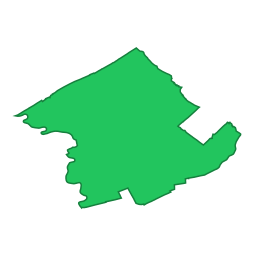 outline of Corni, Botosani, Romania
{"feature_id": "2599482B25068915216975", "entity_name": "Corni", "entity_type": "district", "adm_level": 2, "iso_a3": "ROU", "parent_name": "Romania", "parent_adm1": "Botosani", "projection": "natural_earth1", "projection_center": [26.578, 47.651], "detail": "fine", "context": "isolated", "style": "filled", "palette": "green", "viewbox_px": 256, "rotation_deg": 0, "n_neighbors": 0, "source": "geoboundaries", "source_scale": "gbopen_adm2", "svg_char_len": 5732}
<svg xmlns="http://www.w3.org/2000/svg" viewBox="0 0 256 256"><path d="M216.7,169.0L217.6,168.5L219.0,167.3L219.3,166.8L219.6,166.2L219.9,165.4L220.3,164.6L221.9,162.5L222.4,162.0L226.5,159.8L226.8,159.5L228.7,156.6L229.0,156.2L230.1,155.6L230.8,155.4L232.3,154.7L233.3,154.1L233.7,153.6L235.5,149.9L235.6,149.5L235.7,149.0L235.7,148.5L235.2,146.0L235.2,145.5L235.2,145.1L235.4,144.2L236.1,142.0L236.5,141.2L238.9,137.1L240.4,135.2L240.6,134.8L240.6,134.0L239.5,133.1L236.2,131.1L235.9,129.5L235.7,128.8L235.6,128.3L235.3,127.5L234.9,127.4L234.8,127.5L234.3,127.3L234.2,127.2L234.1,126.7L233.8,126.5L233.3,126.4L232.6,126.7L232.4,126.3L232.1,125.9L232.2,125.6L231.8,125.3L232.0,124.7L231.7,124.1L231.5,123.7L230.4,123.0L230.1,122.6L229.9,122.3L229.6,122.5L229.5,122.9L229.0,122.8L228.9,123.2L228.6,122.7L228.3,122.8L228.0,122.7L227.6,122.3L227.4,122.3L227.0,122.8L226.5,123.7L225.5,124.3L223.1,126.4L218.5,130.9L217.0,132.5L215.8,133.4L214.5,134.5L213.0,134.2L212.0,137.7L212.2,138.4L211.9,138.5L211.2,138.3L210.8,138.3L209.9,138.6L208.4,140.3L203.4,145.0L202.1,144.1L199.7,142.4L197.1,140.3L192.9,137.4L191.7,136.4L191.2,136.1L186.2,132.4L184.9,130.5L184.6,130.4L184.1,130.5L183.5,130.5L183.0,130.2L182.5,129.8L181.9,129.5L181.7,129.2L181.4,129.3L181.1,129.2L181.1,128.9L180.9,128.5L180.3,127.7L178.9,127.0L178.4,126.6L177.9,126.2L178.8,125.3L180.3,123.9L182.9,121.7L183.1,121.8L184.1,120.8L186.7,118.6L187.9,117.7L195.8,110.5L198.3,108.0L199.3,107.2L197.6,106.5L195.7,105.7L194.5,105.2L192.5,103.9L191.6,103.5L190.9,102.9L189.1,101.9L188.5,101.8L188.0,101.2L187.1,100.6L185.5,99.0L185.7,98.9L185.0,98.3L182.4,95.3L182.9,95.1L182.5,94.7L181.8,94.1L180.6,92.5L180.3,92.0L180.2,90.6L180.3,89.2L180.6,88.9L181.7,87.3L178.7,86.7L178.7,86.4L178.7,85.8L177.0,85.8L176.9,85.4L176.6,85.4L176.7,84.9L175.8,85.1L175.3,84.0L174.6,83.9L174.2,83.7L173.8,83.0L174.2,82.6L171.4,80.9L171.4,78.9L171.9,78.5L171.6,77.9L171.3,75.9L169.3,74.6L166.2,73.3L162.3,71.4L157.9,68.7L157.5,68.0L156.9,66.2L155.1,65.5L153.9,64.7L151.9,63.1L150.0,60.9L148.8,59.7L148.0,58.9L147.5,57.9L145.3,55.8L144.9,55.3L144.0,53.7L143.8,52.7L143.4,52.1L142.7,51.6L141.4,51.3L140.4,51.3L139.8,51.0L138.6,50.1L136.3,48.0L132.3,50.5L129.1,52.5L127.3,53.8L120.1,58.4L119.1,58.9L116.7,60.7L115.9,61.1L114.9,61.8L114.5,62.3L113.8,62.5L112.9,62.8L112.4,63.1L111.6,63.7L110.5,64.3L102.8,68.6L102.4,68.8L101.7,69.0L101.4,69.3L101.0,69.6L98.6,70.9L97.5,71.6L94.3,73.5L94.1,73.4L93.9,73.1L90.3,74.5L89.6,74.9L89.7,75.2L86.6,76.5L84.8,77.3L82.2,78.4L81.0,79.0L78.8,79.9L74.7,81.5L69.8,83.9L63.7,87.1L57.4,90.7L55.0,92.7L52.5,94.0L52.7,94.4L50.8,95.4L50.3,96.5L50.2,96.9L49.9,97.6L49.4,97.1L46.1,98.5L46.3,98.7L45.5,99.2L45.6,99.3L42.6,101.5L42.3,101.1L42.2,101.1L41.7,100.4L36.9,103.3L33.6,105.5L29.2,108.0L29.3,108.1L24.5,110.8L17.7,115.0L15.4,115.8L17.6,116.2L19.5,116.1L20.8,115.8L22.5,115.2L24.2,114.3L24.7,114.2L25.7,114.2L26.6,114.6L27.2,115.1L27.5,115.6L27.7,116.0L27.8,116.7L27.8,117.2L27.7,117.9L27.3,118.5L27.0,118.9L25.7,119.6L24.4,120.1L23.7,120.5L23.5,120.9L23.4,121.4L23.5,121.9L23.8,122.2L24.4,122.6L27.3,123.4L28.0,123.6L28.9,124.3L31.3,126.7L31.9,127.0L32.5,127.2L35.1,127.7L38.7,128.1L39.7,128.0L42.0,127.3L43.4,127.1L44.6,127.1L45.0,127.2L45.6,127.5L46.3,128.2L46.5,128.9L46.4,130.0L46.1,130.6L45.6,131.0L45.1,131.2L42.8,131.7L41.9,132.0L41.5,132.2L41.2,132.6L41.2,133.1L41.5,133.7L42.0,134.0L42.5,134.2L43.1,134.3L43.6,134.3L45.6,133.8L47.2,133.5L48.5,132.9L51.0,132.0L53.6,131.4L55.0,131.2L56.1,131.2L58.0,131.3L59.4,131.6L62.2,132.1L66.4,132.5L67.9,132.9L69.4,133.4L70.8,134.4L71.4,134.9L71.7,135.2L72.6,136.7L72.8,137.5L72.9,137.8L73.5,138.7L74.0,139.1L74.7,139.5L76.2,140.1L76.4,141.2L76.9,143.8L77.4,145.5L76.5,146.4L75.8,146.9L74.9,147.2L74.2,147.3L73.4,147.3L72.6,147.3L71.5,148.2L69.9,148.7L69.1,149.1L67.9,149.7L67.5,150.1L67.6,150.5L67.8,151.2L68.3,152.1L68.9,152.9L69.0,153.1L68.3,153.8L66.5,154.5L67.1,155.4L67.6,156.0L68.2,156.7L68.7,157.1L69.0,157.3L69.7,157.6L72.6,158.1L73.9,158.5L74.5,159.0L74.7,159.4L74.9,159.8L74.9,160.3L74.8,160.6L74.7,161.0L74.3,161.4L74.1,161.6L70.4,162.5L69.8,162.7L69.5,163.0L68.1,165.3L67.5,166.6L67.4,167.6L67.5,168.4L68.1,170.6L68.2,171.0L68.1,171.4L67.5,173.2L66.3,175.4L66.2,175.8L66.0,176.7L66.0,178.6L66.3,180.5L66.8,181.6L67.5,182.3L68.1,182.6L68.8,182.9L71.5,183.4L73.9,183.7L75.1,183.5L78.0,182.8L79.4,182.6L79.8,182.7L80.3,183.0L80.6,183.3L80.9,183.9L81.2,184.7L81.2,185.5L80.8,188.8L80.3,190.3L80.2,191.0L80.2,191.8L80.3,192.4L80.7,193.0L81.0,193.3L82.2,194.3L83.1,194.8L84.2,195.4L85.7,195.7L86.1,195.9L86.3,196.1L86.7,196.7L86.8,196.9L86.9,197.4L86.8,198.3L86.6,199.0L86.1,199.5L85.4,200.1L84.1,200.9L83.3,201.2L80.4,201.8L79.8,202.0L79.2,202.3L78.8,202.7L78.7,203.2L78.8,203.7L79.0,204.3L80.0,206.0L81.7,208.0L82.0,207.6L82.5,207.4L83.2,207.4L83.7,207.6L84.0,207.6L85.6,207.3L85.8,207.3L86.4,207.2L94.7,205.0L105.0,202.5L106.1,202.1L105.9,201.7L109.0,201.1L115.2,199.7L121.3,198.1L121.0,197.5L120.6,196.7L120.4,196.2L120.1,195.6L120.0,195.1L119.5,194.4L119.0,193.3L118.9,192.9L118.5,192.3L118.3,191.8L127.9,188.1L128.0,188.4L130.0,192.1L130.9,193.7L131.7,195.2L132.5,196.5L133.1,197.7L133.6,198.4L134.4,200.2L135.8,202.8L136.0,203.3L138.3,204.1L139.5,204.4L141.6,204.5L143.6,204.1L143.6,204.5L143.8,204.8L144.2,204.9L146.5,203.5L149.5,202.1L151.3,201.4L153.4,200.3L154.4,199.9L155.8,199.1L162.9,195.6L164.8,194.7L168.2,193.3L170.0,192.4L170.8,192.1L170.7,191.9L170.3,191.4L169.9,191.0L170.4,190.8L170.7,190.6L174.5,189.3L174.5,187.9L174.4,184.8L183.6,183.4L185.6,183.0L185.4,178.8L185.8,178.8L187.8,178.3L188.5,178.5L188.5,178.1L189.9,177.9L191.0,177.7L194.2,177.2L200.7,175.7L204.6,175.0L205.6,174.5L206.2,174.1L214.0,170.2L214.3,170.0L216.7,169.0Z" fill="#22c55e" stroke="#15803d" stroke-width="1.5"/></svg>